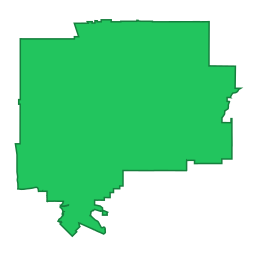 the district of Swan, Western Australia, Australia
{"feature_id": "25037944B80977400134390", "entity_name": "Swan", "entity_type": "district", "adm_level": 2, "iso_a3": "AUS", "parent_name": "Australia", "parent_adm1": "Western Australia", "projection": "albers", "projection_center": [116.002, -31.77], "detail": "fine", "context": "isolated", "style": "filled", "palette": "green", "viewbox_px": 256, "rotation_deg": 0, "n_neighbors": 0, "source": "geoboundaries", "source_scale": "gbopen_adm2", "svg_char_len": 5100}
<svg xmlns="http://www.w3.org/2000/svg" viewBox="0 0 256 256"><path d="M60.8,205.4L60.9,205.5L61.4,205.7L61.8,205.9L62.0,206.0L62.6,206.0L63.1,206.0L63.6,206.0L64.3,206.0L65.1,205.8L65.5,205.7L65.9,205.7L66.4,205.5L67.0,205.4L67.5,205.3L67.9,205.2L68.0,205.1L68.3,204.9L68.5,205.0L68.3,205.4L68.2,205.4L67.9,205.5L67.7,205.5L67.1,205.6L66.5,205.9L66.1,205.9L65.8,206.0L65.3,206.1L64.4,206.4L64.1,206.3L63.8,206.4L63.4,206.3L62.7,206.4L62.1,206.4L61.3,206.0L60.8,205.9L60.5,205.9L60.4,206.0L60.2,206.5L60.2,207.3L60.3,207.6L60.5,207.7L60.9,207.9L61.1,208.0L61.6,208.5L62.0,209.0L62.1,209.3L62.2,209.5L62.4,209.7L62.5,209.9L62.5,210.2L62.6,210.3L62.8,210.7L62.8,210.8L62.8,211.0L62.9,211.5L63.1,211.6L63.3,211.6L63.9,211.7L63.8,211.8L63.5,211.7L63.3,211.8L63.0,211.7L62.9,211.8L62.9,212.0L62.7,212.2L62.6,212.6L62.6,212.8L62.4,213.4L62.2,213.7L62.2,213.9L62.2,214.2L62.3,214.4L62.4,214.5L62.4,214.8L62.5,215.1L62.5,215.6L62.9,215.3L62.9,215.2L63.0,214.8L62.9,214.6L62.9,214.4L62.8,213.9L62.8,213.7L63.0,213.4L63.2,213.5L63.3,213.6L63.3,213.8L63.5,214.0L63.4,214.3L63.3,214.5L63.3,214.9L63.2,215.2L63.1,215.4L62.9,215.4L62.7,215.6L62.6,215.8L62.5,216.0L62.4,216.1L61.7,216.9L61.3,217.4L61.1,217.7L60.8,218.1L59.7,218.8L59.4,219.0L59.0,219.3L58.7,220.0L58.4,220.6L58.3,220.8L58.1,221.0L58.0,221.3L58.3,221.4L58.7,221.2L59.2,221.8L60.1,221.6L59.7,222.3L59.5,222.5L60.0,222.3L61.4,221.9L61.6,222.3L61.2,222.6L61.3,222.7L60.1,224.0L72.3,236.2L76.7,231.8L75.6,230.8L79.9,226.6L79.4,226.1L79.4,225.7L79.3,225.1L78.8,223.0L80.1,223.6L80.2,223.4L80.3,223.5L91.7,228.6L91.8,228.6L92.1,228.7L92.1,228.8L92.8,229.1L93.7,229.6L93.8,229.5L95.1,230.1L95.8,230.5L97.7,231.4L99.1,232.0L99.3,232.0L103.7,234.0L105.0,232.9L105.2,232.7L105.3,232.3L105.3,232.0L105.2,231.1L105.2,229.5L105.0,229.4L105.2,229.2L105.1,228.4L105.0,228.2L104.9,228.1L104.7,227.6L104.6,227.4L104.2,227.2L103.6,227.1L102.5,227.7L102.1,227.7L101.9,227.7L101.5,227.5L101.3,227.5L101.1,227.2L100.1,225.4L99.6,224.5L99.4,224.1L99.3,223.9L99.1,223.5L98.8,222.9L98.3,222.1L98.2,221.9L98.0,221.6L97.7,221.4L97.4,221.1L97.0,220.9L95.6,220.2L94.9,219.7L94.5,219.4L94.4,219.2L92.5,217.5L91.7,216.7L91.3,216.4L91.0,215.8L90.1,215.6L90.6,214.5L90.7,214.0L90.8,213.6L90.8,211.9L91.3,211.8L92.6,210.4L93.4,210.6L94.0,209.9L94.6,209.4L100.4,211.2L100.5,210.9L100.7,211.0L100.8,210.9L102.6,211.5L102.5,215.1L107.2,215.1L107.2,214.9L107.0,213.5L107.1,213.3L107.1,213.2L107.7,212.3L107.3,212.1L102.5,210.1L102.5,209.8L102.5,207.9L101.5,207.1L100.5,206.3L100.3,206.1L99.9,206.0L97.7,205.5L94.6,204.9L94.6,202.2L94.6,200.1L96.1,200.1L97.1,200.2L97.4,200.2L98.6,200.1L103.2,200.2L104.3,200.2L104.3,197.5L110.1,197.6L110.1,192.5L111.9,192.6L112.2,192.5L112.7,192.5L113.5,192.5L113.5,188.7L117.9,188.7L119.7,188.7L119.7,186.0L123.0,186.0L123.0,170.5L153.9,170.6L154.0,170.5L160.2,170.5L164.7,170.5L186.5,170.6L186.6,170.4L186.6,162.4L186.7,160.3L186.8,160.4L191.2,160.3L194.6,160.4L194.5,163.2L194.5,163.6L201.1,163.5L221.8,163.5L221.8,159.0L231.9,159.0L231.9,149.4L231.9,147.2L232.0,145.5L231.9,131.9L231.9,118.6L231.0,118.6L231.0,122.7L221.9,122.6L222.0,117.5L222.4,117.2L222.7,116.9L224.2,114.7L224.4,114.4L224.6,113.8L224.6,113.5L224.7,111.8L224.7,111.4L224.8,110.8L225.2,110.8L226.0,110.1L226.4,109.8L227.9,108.9L228.2,108.3L228.4,106.3L228.3,105.0L228.7,103.7L229.5,101.7L229.2,101.4L227.1,101.4L227.1,97.5L228.0,97.5L229.4,97.5L230.5,97.6L230.4,97.5L230.5,97.0L230.9,96.1L231.9,94.2L232.3,93.8L232.8,93.1L235.8,92.6L236.6,92.1L237.3,91.7L237.7,91.2L238.0,90.7L238.5,89.8L239.1,88.9L239.6,88.9L240.6,88.3L235.1,88.3L235.4,66.2L209.0,65.9L209.0,64.9L209.0,52.4L209.0,51.7L209.1,21.7L200.2,21.8L199.9,21.7L198.9,21.7L162.5,21.8L152.4,21.8L152.4,21.3L140.3,21.3L140.3,21.2L139.3,21.1L138.5,21.0L138.1,20.9L138.1,20.4L136.9,20.3L136.8,21.3L120.8,21.3L120.8,21.8L111.2,21.8L111.2,19.8L101.2,19.8L101.2,21.8L97.2,21.8L97.3,20.8L95.0,20.7L94.9,23.0L92.1,23.0L92.2,21.7L87.3,21.7L88.1,23.2L74.3,23.3L78.7,36.7L74.4,36.7L74.4,38.9L60.6,38.9L31.7,38.9L23.2,38.9L20.3,38.8L20.3,59.7L20.3,99.6L18.7,99.6L18.7,104.2L20.2,104.2L20.1,143.8L16.2,143.8L15.9,143.8L15.4,143.8L16.9,153.9L17.0,154.8L17.0,157.9L17.0,159.7L17.0,161.4L17.0,171.8L17.1,172.7L17.6,176.2L17.6,176.8L17.6,177.5L17.3,179.5L17.3,180.2L17.4,180.9L17.8,182.8L17.9,183.3L17.9,183.7L18.0,187.1L18.0,187.5L18.0,187.8L17.8,188.9L18.8,189.0L19.1,189.0L20.2,189.2L21.7,189.3L23.9,189.2L27.4,188.7L29.6,188.5L30.9,188.3L32.2,188.1L32.7,188.0L32.8,188.0L34.3,187.6L36.1,187.3L36.6,187.4L37.1,187.5L37.5,187.8L37.8,188.2L38.0,188.5L38.2,189.1L38.5,191.4L38.8,191.4L39.3,191.3L41.5,191.3L42.3,191.3L42.4,191.2L42.4,191.3L42.5,191.3L45.0,191.3L45.3,191.2L45.5,191.3L47.0,191.3L47.0,193.8L47.0,193.7L47.0,193.8L47.0,194.6L47.0,195.1L47.0,195.3L46.9,195.4L47.0,195.6L47.0,195.8L47.0,196.0L47.0,197.7L47.1,198.0L47.0,201.1L47.3,201.0L47.6,201.5L48.1,201.3L48.4,201.2L48.7,201.2L52.8,201.2L54.6,201.1L56.0,201.2L63.4,201.3L63.4,201.9L63.1,202.3L62.8,202.9L62.9,203.1L62.9,203.3L62.6,203.7L61.8,204.3L61.5,204.7L61.3,204.8L61.3,205.0L61.2,205.1L60.9,205.4L60.8,205.4Z" fill="#22c55e" stroke="#15803d" stroke-width="1.5"/></svg>